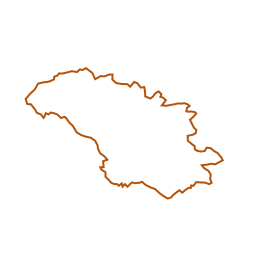 Giolou, Paphos, Cyprus (orthographic projection), rotated 306°
{"feature_id": "46923920B14878723805289", "entity_name": "Giolou", "entity_type": "district", "adm_level": 2, "iso_a3": "CYP", "parent_name": "Cyprus", "parent_adm1": "Paphos", "projection": "orthographic", "projection_center": [32.479, 34.929], "detail": "fine", "context": "isolated", "style": "outline", "palette": "amber", "viewbox_px": 256, "rotation_deg": 306, "n_neighbors": 0, "source": "geoboundaries", "source_scale": "gbopen_adm2", "svg_char_len": 2037}
<svg xmlns="http://www.w3.org/2000/svg" viewBox="0 0 256 256"><g transform="rotate(306 128 128)"><path d="M86.7,45.2L87.8,49.7L86.6,53.7L88.4,53.7L91.6,52.8L92.3,55.7L95.1,56.4L96.5,59.6L97.4,63.0L96.7,67.9L99.7,70.1L99.6,72.3L97.8,77.5L97.4,81.7L94.3,89.0L94.8,94.3L96.1,98.7L98.3,103.8L98.3,109.1L96.0,113.7L93.6,115.9L91.2,120.3L91.2,125.4L90.2,129.9L86.5,127.4L82.0,131.3L79.9,128.7L78.7,131.2L79.0,135.8L75.4,138.4L74.9,141.5L73.8,147.0L74.7,150.0L76.2,152.2L75.8,154.4L79.4,155.5L77.4,158.1L80.8,158.5L80.2,162.1L86.1,163.1L87.8,166.5L90.9,169.9L92.7,170.9L92.3,175.9L93.3,181.5L94.5,185.8L93.8,192.0L93.8,196.1L94.3,201.7L97.2,203.7L100.3,203.9L103.5,204.8L107.8,206.1L107.6,209.9L111.7,210.9L115.1,212.1L116.5,214.0L116.8,213.8L118.7,212.9L119.6,214.9L123.0,215.0L124.3,215.0L126.4,218.4L129.2,222.6L130.3,226.7L132.8,227.8L135.1,224.4L138.9,222.4L140.6,218.4L140.3,213.2L141.3,209.7L144.2,212.9L148.2,216.6L149.9,219.9L154.4,222.1L157.6,223.6L159.0,220.7L160.4,215.6L160.0,211.3L160.2,206.5L159.5,205.3L158.2,203.2L154.5,203.6L152.0,201.1L150.3,197.7L150.0,194.8L152.7,192.3L152.4,190.7L152.9,183.9L156.7,180.9L160.7,184.4L163.5,185.8L166.5,184.5L167.1,180.9L168.7,177.8L171.1,173.3L175.7,174.4L179.9,174.6L180.1,172.6L178.5,169.4L176.8,167.4L175.8,165.4L178.9,163.9L182.1,164.8L182.2,162.2L181.1,158.9L179.3,157.1L177.6,154.5L176.3,153.1L174.7,151.9L172.0,149.2L168.8,146.3L166.2,142.1L172.8,142.3L173.2,138.4L172.2,135.9L175.0,135.1L175.6,131.3L172.5,129.8L168.0,129.7L165.0,128.8L163.7,123.4L168.0,119.9L170.6,117.1L168.2,114.6L169.7,109.1L168.8,105.8L168.2,105.9L162.7,105.5L163.1,101.7L159.8,96.9L157.4,91.9L158.0,86.9L159.9,85.6L162.2,84.0L160.0,81.2L155.9,78.6L153.9,75.4L148.2,72.7L149.7,70.1L151.6,66.7L151.7,58.8L148.3,57.2L147.0,54.6L143.3,53.9L141.0,49.2L138.4,47.1L135.5,44.7L132.9,42.3L131.8,40.2L129.1,40.2L126.2,38.2L123.8,39.6L119.6,37.1L117.5,35.4L115.8,33.3L111.2,29.2L104.0,29.9L98.3,28.7L91.3,28.2L88.2,32.3L90.1,35.6L89.0,39.5L88.1,42.5L86.7,45.2Z" fill="none" stroke="#b45309" stroke-width="2"/></g></svg>